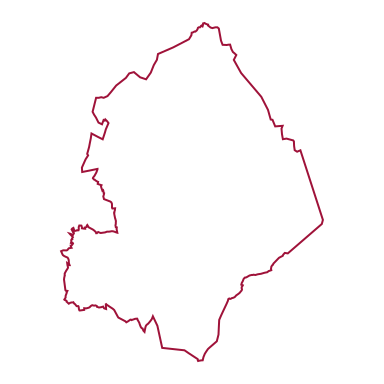 the district of Awka South, Anambra, Nigeria
{"feature_id": "59680162B42338651294858", "entity_name": "Awka South", "entity_type": "district", "adm_level": 2, "iso_a3": "NGA", "parent_name": "Nigeria", "parent_adm1": "Anambra", "projection": "robinson", "projection_center": [7.051, 6.191], "detail": "fine", "context": "isolated", "style": "outline", "palette": "rose", "viewbox_px": 384, "rotation_deg": 0, "n_neighbors": 0, "source": "geoboundaries", "source_scale": "gbopen_adm2", "svg_char_len": 5695}
<svg xmlns="http://www.w3.org/2000/svg" viewBox="0 0 384 384"><path d="M300.4,150.3L297.1,151.7L294.7,150.2L294.1,146.0L293.9,141.4L293.2,140.4L286.5,138.6L282.9,139.2L282.0,134.3L281.5,128.6L282.6,125.8L275.2,126.4L272.5,119.8L270.7,119.5L268.0,109.9L261.3,96.8L241.1,73.0L233.8,59.9L236.3,55.0L234.5,53.3L232.9,52.0L231.4,49.1L230.1,44.6L228.4,44.7L226.7,45.0L222.6,44.8L221.0,40.6L218.8,28.5L217.4,27.3L215.5,27.3L212.4,28.1L210.5,27.5L208.3,25.7L208.0,25.5L208.1,24.6L207.0,24.3L205.5,23.7L205.1,23.6L204.6,23.0L203.1,23.4L202.9,25.2L202.8,25.7L202.5,26.5L201.7,26.1L201.4,25.6L201.0,25.9L200.0,27.3L198.7,27.3L197.9,27.9L197.6,29.1L196.8,30.4L195.4,31.6L194.5,31.5L193.2,32.3L191.7,32.7L191.4,35.2L189.0,39.2L173.2,47.4L158.0,54.0L156.9,59.8L153.8,65.1L150.8,72.6L146.1,79.3L140.1,77.3L133.9,72.1L129.2,73.4L125.9,77.9L116.2,85.5L111.0,92.0L107.5,96.1L103.7,97.8L101.2,97.2L98.8,97.8L96.1,97.8L92.6,111.8L94.1,114.7L96.0,117.6L98.5,122.6L102.0,124.3L103.6,120.0L104.7,120.6L105.3,119.4L107.2,121.3L108.5,123.1L105.8,129.4L105.0,132.3L104.0,135.4L102.7,139.3L98.3,137.1L91.5,133.5L90.8,138.3L89.8,143.3L89.1,147.0L87.2,153.9L88.1,155.4L85.6,159.3L81.9,167.6L82.2,172.0L89.8,170.5L97.5,168.9L97.5,169.3L96.9,171.0L96.3,172.6L95.6,173.8L94.9,175.1L94.3,176.1L93.9,176.5L93.0,177.8L92.9,178.3L94.1,179.6L94.7,179.7L95.4,180.4L97.5,181.7L98.1,181.9L97.7,183.9L99.6,184.6L101.5,185.2L101.2,185.8L101.0,186.2L101.1,186.7L101.3,187.6L101.9,189.2L102.4,190.7L103.1,190.2L103.4,191.0L103.6,192.7L103.8,192.8L103.8,193.3L104.1,193.4L103.9,194.5L103.3,196.4L104.0,199.1L110.2,201.5L111.3,202.3L111.9,203.6L112.0,205.0L112.0,207.0L112.0,207.7L112.4,208.5L115.1,208.3L114.8,210.6L114.3,212.0L114.4,212.7L114.1,212.9L114.2,213.7L114.6,215.8L115.1,218.3L115.4,219.0L115.5,219.7L115.8,220.4L115.9,221.4L115.8,222.5L115.8,223.7L115.7,224.5L115.5,225.0L115.5,225.8L115.7,226.4L115.8,227.2L116.8,227.4L116.7,228.3L116.6,229.1L117.3,232.7L116.2,232.4L115.0,231.9L113.5,231.4L112.1,231.2L111.0,231.3L110.3,231.5L108.6,231.7L107.5,231.7L106.9,231.7L105.1,232.4L100.7,233.0L99.5,232.6L98.2,232.0L97.3,232.6L96.9,233.2L96.2,233.2L96.1,232.4L94.3,230.6L92.8,229.5L89.6,227.8L89.0,227.5L88.7,227.3L87.3,225.0L86.8,225.6L86.6,226.9L85.9,227.3L84.9,227.5L85.1,228.7L83.7,228.6L82.0,228.3L82.1,227.8L81.8,227.0L81.5,225.8L81.4,225.6L79.3,225.5L78.8,226.8L78.7,227.6L78.8,229.2L78.5,230.3L77.6,230.4L77.1,230.2L75.7,230.8L75.0,230.8L74.4,230.9L73.9,229.3L73.4,227.9L72.3,228.5L71.9,229.0L72.3,229.3L72.2,229.5L71.8,229.7L71.9,229.9L72.3,230.6L72.8,231.7L73.1,232.3L73.7,232.6L73.8,232.8L73.9,233.3L72.9,235.0L72.5,234.9L71.5,234.3L70.3,233.8L69.6,233.6L70.1,234.2L71.2,235.3L72.3,236.5L72.9,237.2L72.1,238.4L71.8,239.1L72.1,239.3L71.2,240.1L71.3,241.0L71.3,241.5L71.5,241.9L71.3,242.0L70.9,243.0L71.4,243.2L72.7,243.0L73.0,243.5L72.8,243.8L72.6,244.2L71.5,245.5L71.3,245.7L70.7,245.7L70.9,246.9L71.3,247.5L71.5,247.8L71.0,247.9L69.8,248.1L69.0,248.2L68.4,248.7L67.7,249.7L67.1,250.2L66.6,250.4L65.1,250.4L63.9,250.3L63.3,250.3L62.5,250.6L61.1,251.2L62.5,254.4L62.9,255.1L64.3,256.1L66.2,257.0L67.6,257.6L68.3,258.8L68.7,260.0L68.9,263.3L69.6,265.1L69.4,265.1L69.0,264.8L67.9,263.6L67.2,263.1L67.3,263.9L67.5,265.3L67.8,266.4L68.0,267.6L67.7,268.4L66.2,270.7L65.0,272.9L64.7,273.5L64.8,273.8L64.6,275.2L64.8,275.5L64.7,275.8L64.3,277.3L64.0,279.4L65.4,290.1L65.8,290.7L67.4,290.9L67.0,291.9L66.6,292.6L66.6,293.2L65.8,295.3L65.6,296.0L65.6,296.5L65.6,297.6L64.5,299.2L64.3,299.6L64.8,300.0L66.0,300.5L66.6,301.0L66.6,301.7L67.0,302.0L67.4,302.4L68.8,303.7L70.2,302.8L71.4,302.5L73.2,302.4L73.4,302.3L73.9,303.1L74.2,303.6L75.0,304.1L76.6,306.1L78.3,306.1L78.6,306.7L78.8,308.0L78.9,308.9L79.1,309.6L79.4,310.4L79.6,310.5L80.7,310.4L82.1,310.2L84.2,309.9L84.2,308.2L86.1,308.4L88.1,307.9L89.2,307.5L89.7,307.2L90.5,306.3L91.1,305.8L91.8,305.4L92.3,305.2L92.9,305.4L93.3,305.5L94.6,305.6L95.4,305.4L96.0,305.6L96.5,305.9L96.8,306.0L97.0,306.3L97.0,306.8L99.0,307.5L101.2,307.2L101.5,307.1L102.0,306.9L102.6,306.8L103.1,306.6L103.5,307.4L104.1,308.3L104.6,308.5L106.1,309.0L105.9,306.2L105.8,304.3L106.1,304.1L106.7,304.7L109.8,306.8L112.7,308.7L114.2,310.0L117.9,316.9L118.5,317.7L118.8,317.8L125.4,321.3L126.3,322.3L128.1,321.3L130.3,319.7L130.9,319.6L131.6,320.1L132.0,319.9L134.1,319.2L135.2,318.8L136.4,318.7L137.1,318.6L137.4,319.0L137.5,319.4L137.6,319.9L137.8,320.2L138.1,320.7L138.5,321.4L139.3,322.8L139.5,323.6L140.1,325.3L140.8,327.0L141.7,328.2L142.6,328.5L143.1,330.0L143.4,330.7L144.5,331.9L144.8,330.3L145.5,327.0L145.9,325.9L146.5,325.0L147.3,324.3L147.8,324.0L148.1,323.7L149.1,322.6L150.4,321.0L151.8,319.1L152.9,316.3L157.4,325.8L162.2,347.9L184.5,350.3L188.7,353.2L197.7,359.1L197.9,359.8L197.8,360.4L198.1,361.0L198.8,360.8L201.1,360.4L202.7,360.3L203.1,358.6L203.5,357.0L204.8,353.8L206.0,351.9L207.9,349.1L209.4,347.7L216.8,341.3L218.5,334.6L218.8,327.8L219.2,319.9L221.1,315.5L223.1,311.2L226.5,304.0L227.9,300.8L228.3,299.1L229.2,298.5L229.9,298.9L230.5,298.9L230.9,298.7L231.9,298.1L232.9,297.9L234.1,297.4L234.9,296.9L236.2,295.4L237.5,294.5L238.5,293.8L239.8,292.7L240.4,291.9L241.6,290.5L241.9,289.8L242.0,289.5L241.8,288.5L241.6,288.1L241.7,287.1L242.1,286.6L242.5,285.9L242.8,285.3L241.3,284.7L241.8,282.9L242.3,282.0L242.6,281.5L243.0,280.6L243.5,279.2L244.0,278.4L244.5,278.1L245.0,277.5L245.5,277.5L246.2,277.4L246.6,277.2L247.3,276.8L249.5,275.5L252.0,274.9L252.8,275.0L253.5,274.7L255.4,275.0L257.7,274.3L261.0,273.8L264.4,272.8L267.3,272.2L268.6,271.1L271.3,270.2L271.0,268.8L271.4,266.5L272.4,265.1L273.1,264.6L273.3,263.7L279.0,257.8L281.8,256.3L282.7,255.9L283.2,254.7L284.8,252.9L287.8,253.4L321.8,224.0L322.9,219.9L300.4,150.3Z" fill="none" stroke="#9f1239" stroke-width="2"/></svg>